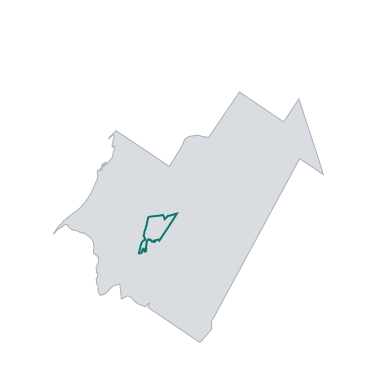 location of Tijigja, Tagant, Mauritania, rotated 34°
{"feature_id": "47542326B404198781259", "entity_name": "Tijigja", "entity_type": "district", "adm_level": 2, "iso_a3": "MRT", "parent_name": "Mauritania", "parent_adm1": "Tagant", "projection": "equal_earth", "projection_center": [-11.566, 18.518], "detail": "fine", "context": "in_parent", "style": "outline", "palette": "teal", "viewbox_px": 384, "rotation_deg": 34, "n_neighbors": 0, "source": "geoboundaries", "source_scale": "gbopen_adm2", "svg_char_len": 4716}
<svg xmlns="http://www.w3.org/2000/svg" viewBox="0 0 384 384"><g transform="rotate(34 192 192)"><path d="M170.8,327.6L170.4,327.4L168.6,325.8L167.8,323.9L166.4,322.5L164.5,321.5L163.2,320.4L162.7,319.2L162.0,318.3L161.2,317.9L161.1,317.5L161.3,316.9L161.1,315.7L160.0,313.2L159.0,312.1L158.1,312.3L157.6,312.0L157.3,311.4L157.1,310.6L156.5,309.9L155.5,309.6L154.6,307.7L154.0,304.3L153.2,301.7L152.1,299.8L151.4,299.1L150.9,298.9L150.7,298.6L150.5,298.1L149.7,297.9L148.6,298.4L147.6,298.3L147.1,297.3L146.4,297.2L145.5,298.0L144.6,297.8L143.5,296.6L142.9,295.4L142.8,294.2L141.0,291.8L137.5,288.2L133.6,286.5L129.5,286.7L127.1,286.6L126.6,286.0L126.1,286.0L125.6,286.7L125.0,286.8L124.5,286.5L124.1,286.8L123.9,287.7L122.5,288.1L119.7,288.2L117.4,288.7L115.7,289.8L113.2,290.3L110.1,290.1L108.2,289.7L107.6,289.1L106.7,288.9L105.5,289.3L104.4,291.1L103.5,294.3L102.7,296.1L102.1,296.5L101.4,298.9L101.0,302.9L100.5,304.7L100.5,294.7L101.5,291.0L101.8,287.7L103.8,280.5L106.1,274.6L108.3,266.8L109.2,259.2L109.0,251.8L108.4,245.3L107.4,240.9L106.4,234.6L104.9,231.3L102.2,228.4L101.5,226.7L102.2,226.1L103.9,225.7L105.0,223.4L102.7,224.3L105.4,217.4L106.3,212.7L106.2,209.6L106.7,207.7L104.7,203.6L103.2,198.4L102.4,197.6L101.6,197.2L101.5,198.4L101.1,199.5L100.1,198.8L98.4,195.0L96.1,188.9L95.2,188.3L94.5,189.1L94.1,189.9L93.2,195.0L93.0,193.0L93.3,190.6L94.0,187.7L94.7,183.6L96.8,183.6L100.5,183.6L108.0,183.6L111.7,183.6L119.2,183.6L122.9,183.6L130.4,183.5L134.1,183.5L141.6,183.5L145.3,183.5L152.8,183.5L156.5,183.5L159.0,183.5L158.9,180.6L158.8,178.3L158.6,175.2L158.5,172.1L158.3,169.1L158.2,166.2L158.1,163.3L157.9,160.6L157.8,158.2L157.6,156.8L156.8,154.0L156.7,152.6L156.9,151.1L157.4,149.7L158.9,147.2L161.1,145.3L163.6,143.0L165.5,141.3L166.5,140.9L169.6,140.3L171.9,139.0L174.2,137.8L175.2,137.1L175.3,134.7L175.4,82.6L186.7,82.6L189.7,82.6L210.6,82.6L213.6,82.6L228.8,82.6L228.8,80.1L228.8,76.6L228.7,71.8L228.7,67.0L228.6,58.6L228.5,55.0L231.6,57.4L237.6,62.1L240.6,64.4L246.7,69.2L252.8,73.9L258.9,78.6L261.9,81.0L264.9,83.4L268.0,85.7L271.0,88.1L277.2,92.9L279.7,94.8L283.7,98.1L287.3,101.0L291.0,104.1L285.4,104.1L277.9,104.1L272.8,104.1L267.5,104.1L262.6,104.1L263.1,109.0L263.6,114.3L264.1,119.7L264.7,125.1L265.2,130.5L266.8,146.6L267.3,152.0L267.9,157.4L268.4,162.9L268.9,168.3L270.0,179.1L270.5,184.6L271.0,190.0L271.6,195.4L272.1,200.9L272.6,206.3L273.7,217.2L274.2,222.7L274.8,228.2L275.3,233.7L275.8,239.1L276.4,244.6L276.9,250.1L277.4,255.6L278.5,266.6L279.0,272.1L279.6,277.6L280.1,283.1L280.6,288.5L282.6,291.3L285.1,294.8L284.4,299.8L283.6,305.8L282.8,312.3L275.9,312.3L269.1,312.3L252.3,312.3L248.9,312.3L232.0,312.3L228.7,312.3L222.1,312.3L220.2,312.1L219.5,311.6L219.2,308.2L218.7,308.5L218.0,309.5L217.7,310.5L217.8,311.9L217.7,313.1L215.5,313.6L212.6,314.4L209.5,315.0L206.4,314.8L205.3,314.5L204.2,314.1L201.7,313.6L200.4,313.5L198.8,313.6L197.0,313.9L196.4,314.5L195.0,317.0L193.7,320.0L192.8,320.0L191.9,318.4L189.2,315.3L185.9,311.4L184.4,309.4L183.7,309.1L182.1,310.6L180.8,311.9L179.4,313.8L178.8,315.7L178.3,317.9L178.0,320.4L177.5,323.4L176.4,325.8L175.1,327.7L174.1,328.5L173.7,329.0L170.8,327.6ZM103.9,219.2L102.9,221.3L102.4,220.5L102.2,219.1L103.2,217.1L103.6,216.0L104.5,215.6L103.9,219.2Z" fill="#d9dde1" stroke="#a8b0b8" stroke-width="1"/><path d="M169.9,237.4L170.8,239.9L172.3,243.7L172.5,244.0L173.0,244.8L172.8,245.3L173.3,246.4L174.0,248.5L174.6,250.7L174.8,251.5L175.5,252.9L176.4,255.5L177.9,256.1L179.5,257.2L179.5,257.4L178.9,259.7L178.6,261.4L178.6,261.8L178.8,263.2L179.4,265.0L179.7,265.7L180.1,266.8L180.7,268.5L181.2,269.6L181.5,270.7L182.0,271.9L182.4,272.5L183.5,271.6L183.7,271.4L184.1,270.3L184.2,269.9L184.0,269.5L183.8,269.2L183.7,269.1L183.6,268.7L184.1,267.4L183.2,267.1L183.6,266.0L184.1,266.0L184.3,266.1L184.6,266.2L185.0,266.6L185.3,267.3L185.6,267.4L186.1,267.9L186.5,267.5L187.0,266.8L186.8,266.5L186.7,266.2L186.2,265.8L185.9,265.5L185.5,265.1L185.7,264.3L184.9,263.8L184.6,263.6L184.5,263.1L184.4,263.0L184.3,262.4L184.1,262.0L183.5,260.9L183.0,260.1L182.8,259.6L182.5,259.3L182.4,258.7L182.4,258.4L182.1,258.1L181.6,257.8L181.6,257.4L181.9,257.1L182.1,256.8L182.3,255.7L183.1,255.8L183.4,255.7L183.5,255.5L183.6,255.0L185.4,254.9L185.5,255.1L186.0,255.5L186.3,255.6L186.7,255.4L187.7,254.5L187.9,254.4L188.4,254.7L188.7,254.6L188.9,253.8L188.2,254.1L187.9,254.0L187.7,253.8L187.7,253.6L187.9,253.3L189.8,251.3L191.1,250.0L191.2,249.9L191.4,250.0L192.1,250.4L192.0,237.4L191.9,231.6L191.7,221.3L191.5,218.3L186.3,224.6L185.4,225.1L184.6,229.8L182.6,228.3L182.2,228.1L180.7,227.3L178.9,229.1L178.1,229.8L177.6,230.4L174.1,233.2L171.5,235.5L171.0,235.9L170.2,236.9L169.9,237.4Z" fill="none" stroke="#0f766e" stroke-width="2"/></g></svg>